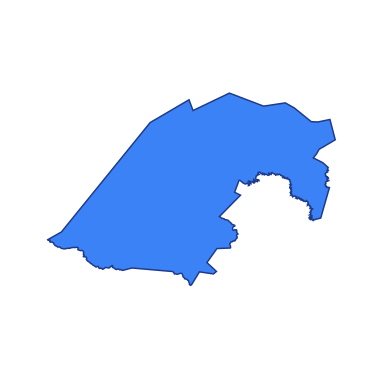 outline of Middle Ramu District, Madang, Papua New Guinea, rotated 346°
{"feature_id": "67681753B72942369161331", "entity_name": "Middle Ramu District", "entity_type": "district", "adm_level": 2, "iso_a3": "PNG", "parent_name": "Papua New Guinea", "parent_adm1": "Madang", "projection": "mercator", "projection_center": [144.728, -4.954], "detail": "fine", "context": "isolated", "style": "filled", "palette": "blue", "viewbox_px": 384, "rotation_deg": 346, "n_neighbors": 0, "source": "geoboundaries", "source_scale": "gbopen_adm2", "svg_char_len": 6055}
<svg xmlns="http://www.w3.org/2000/svg" viewBox="0 0 384 384"><g transform="rotate(346 192 192)"><path d="M40.4,203.4L40.5,203.7L41.0,204.2L42.0,204.1L42.5,204.4L42.5,204.7L42.0,205.7L42.1,206.1L42.3,206.4L43.4,206.5L43.8,206.7L45.1,207.6L45.3,208.0L45.4,208.9L46.3,211.0L46.7,211.3L47.3,211.5L48.0,212.5L48.4,212.9L49.0,213.1L49.9,213.1L51.0,214.2L51.5,215.0L52.5,215.5L52.8,215.6L54.0,216.2L55.3,216.5L56.6,216.4L57.8,216.6L59.3,216.8L59.8,217.1L60.6,217.0L61.3,216.8L61.8,216.8L63.0,217.1L63.9,217.1L64.9,217.6L66.6,217.7L67.7,218.1L68.1,218.6L68.1,218.9L67.4,219.8L67.5,220.6L69.5,221.8L69.9,222.0L70.8,222.0L71.3,222.1L72.1,223.1L72.3,224.4L71.6,225.8L71.6,226.3L72.2,226.9L72.2,227.2L72.0,227.5L71.3,227.8L71.0,228.1L71.0,228.4L71.5,228.8L73.0,229.2L73.7,229.8L73.8,230.4L73.7,231.0L73.2,231.7L73.2,232.1L73.4,232.6L74.4,234.3L74.7,234.6L75.7,235.3L76.2,236.7L77.5,237.7L78.0,238.8L79.2,239.8L80.2,241.2L81.0,241.6L82.1,241.3L82.6,241.3L82.9,241.6L83.1,241.9L83.1,242.6L83.4,243.5L83.8,243.8L85.2,243.8L86.0,244.5L86.5,245.3L87.4,245.3L89.1,244.5L90.3,244.4L92.8,245.6L93.4,245.6L94.2,245.2L94.8,244.7L95.2,244.6L95.9,244.7L96.5,244.1L96.8,244.1L97.1,244.3L97.1,245.0L96.7,245.5L96.7,245.9L97.2,246.5L97.9,246.8L99.1,248.5L100.2,249.0L101.1,248.7L102.2,249.1L103.0,250.0L103.3,250.1L104.2,250.0L105.1,250.9L105.8,251.3L115.3,251.2L154.0,264.5L155.0,266.1L154.9,266.7L155.1,267.2L155.5,267.1L156.4,267.6L157.5,268.1L157.8,268.3L161.3,268.1L162.2,268.5L162.5,268.9L162.7,269.5L162.9,270.9L162.8,271.6L163.0,272.5L163.8,273.4L163.9,273.8L163.8,274.3L164.1,274.6L164.7,274.7L166.2,275.8L166.5,276.6L167.1,277.2L167.1,278.4L167.4,280.1L167.1,281.1L167.8,282.0L168.1,282.2L168.9,281.5L169.2,281.8L179.9,271.3L193.0,276.7L196.5,275.0L189.4,264.1L202.5,252.9L215.6,255.6L215.9,255.4L216.2,254.5L216.2,253.3L215.9,252.3L216.1,251.3L217.0,250.7L217.5,250.0L217.8,249.9L219.1,250.0L220.0,249.4L220.4,249.4L220.9,249.8L221.6,249.4L222.1,249.6L222.7,249.0L222.9,248.5L224.6,247.5L225.0,246.6L224.6,245.4L224.8,244.6L225.2,244.3L226.4,243.9L225.9,242.6L225.5,241.9L225.8,241.0L226.1,240.7L226.1,239.9L225.7,239.7L225.8,239.4L225.5,239.3L224.7,239.2L224.3,238.9L223.3,239.3L222.6,238.9L222.4,238.1L222.6,236.9L223.5,235.8L225.4,235.3L225.4,234.7L223.0,233.0L222.0,230.9L221.0,229.8L220.7,228.9L220.0,228.0L217.1,226.6L216.6,225.7L214.4,224.5L213.3,223.1L212.6,222.5L238.3,206.8L233.3,202.6L240.4,192.1L241.4,192.3L244.0,195.9L245.7,197.2L246.7,197.1L247.8,196.8L248.6,198.3L248.6,198.8L248.3,199.4L249.4,199.4L249.6,198.9L249.3,197.6L249.7,197.3L250.5,197.6L251.2,198.2L251.4,197.2L251.2,196.6L250.7,196.1L250.1,196.2L249.5,195.9L249.1,195.5L249.3,195.1L249.9,195.1L250.1,195.4L251.4,196.0L251.8,196.5L253.5,197.0L254.6,195.8L254.9,194.7L255.3,195.1L255.2,195.6L254.7,196.4L253.5,197.5L253.7,198.0L254.4,198.2L255.0,198.2L255.3,197.9L255.5,196.8L255.8,196.6L258.0,197.8L258.4,197.3L258.8,196.5L259.8,197.2L259.9,196.9L259.1,196.0L258.7,195.8L257.4,195.7L257.1,195.5L257.2,193.6L257.8,192.9L258.2,191.9L259.0,191.9L259.3,191.3L259.7,191.0L260.1,191.4L261.6,191.2L261.3,190.7L260.7,190.3L260.8,189.1L261.4,188.9L263.0,189.3L263.0,190.1L263.8,190.9L265.0,190.7L265.3,191.1L264.6,192.1L265.1,192.2L265.8,191.9L266.4,192.9L266.7,192.9L266.9,192.0L267.5,192.5L268.5,192.8L269.3,193.8L270.5,194.4L270.9,194.2L271.1,193.5L271.0,193.0L270.8,192.6L270.9,192.2L271.2,192.2L271.5,192.5L271.4,193.4L272.4,193.6L272.9,194.2L273.2,194.0L273.6,192.5L274.5,192.5L274.6,192.9L275.4,193.8L276.1,194.1L276.3,194.6L277.2,194.9L277.2,195.9L278.0,195.8L278.5,195.7L278.9,195.3L279.2,195.9L280.0,196.1L280.8,195.7L281.3,195.9L282.1,197.4L282.7,197.3L283.2,198.3L284.4,198.8L284.7,199.4L283.5,199.9L283.7,200.2L284.5,199.9L285.7,200.3L285.6,200.7L285.2,201.0L285.3,201.2L286.4,201.5L287.0,201.4L287.4,202.2L288.2,201.6L288.2,202.5L288.7,203.1L289.4,203.3L289.8,203.8L289.4,204.4L290.0,206.2L289.6,206.8L289.9,208.0L289.1,208.3L289.7,208.7L290.1,209.2L289.4,209.7L289.0,209.5L287.9,211.3L287.9,211.7L289.1,211.6L289.5,212.0L288.4,213.1L288.5,213.9L288.9,213.9L288.5,214.8L288.7,215.2L287.7,215.8L288.4,216.0L287.8,216.9L287.0,217.0L287.7,217.2L287.9,217.4L287.5,217.5L288.0,218.1L287.6,218.3L287.2,218.8L287.8,218.7L288.5,220.8L288.9,220.2L289.3,220.9L290.6,220.7L291.6,221.2L291.9,222.0L291.5,222.6L292.6,222.3L292.7,223.3L292.2,223.8L292.8,224.1L293.2,223.7L293.9,223.9L294.3,223.4L294.6,224.5L295.1,225.2L295.3,224.6L296.2,224.8L296.4,225.4L295.9,225.0L296.1,226.1L296.6,225.9L297.2,226.3L296.7,226.5L297.5,227.4L297.7,226.6L298.9,228.3L299.7,228.7L300.8,228.2L300.7,228.7L301.3,228.6L302.1,229.5L301.9,230.1L302.2,230.8L302.1,231.4L301.2,231.6L300.8,232.8L301.6,232.4L302.1,233.0L303.0,233.3L302.7,234.1L303.5,234.8L302.4,236.6L303.0,236.9L303.9,236.5L304.2,237.4L305.0,237.5L304.9,237.8L303.7,238.0L303.0,239.3L302.3,239.1L302.1,239.5L302.3,240.4L301.5,240.6L302.0,241.2L301.9,242.2L300.8,242.6L301.5,242.8L301.4,243.4L302.6,243.9L302.7,244.2L302.3,244.4L302.2,245.7L301.9,245.7L301.7,244.7L301.1,244.9L300.3,246.1L300.1,244.7L299.4,245.2L299.4,246.2L300.0,247.1L300.3,246.5L301.3,245.9L301.8,245.8L301.8,246.4L301.4,247.7L302.2,248.2L302.6,249.0L302.9,249.0L303.1,248.2L303.4,248.1L303.4,248.5L310.6,248.4L326.4,221.0L325.6,220.5L325.0,220.6L324.1,219.5L323.7,219.9L323.6,220.6L323.5,219.6L323.6,219.1L323.3,218.8L323.6,218.6L323.3,217.5L322.9,217.4L322.9,217.1L323.4,216.4L323.9,216.2L324.0,215.7L323.9,215.1L324.8,214.3L325.1,214.4L327.0,214.1L325.9,213.4L326.1,213.2L326.3,212.2L327.5,212.2L327.5,211.5L326.8,211.5L326.6,211.2L327.0,210.8L327.1,210.4L327.3,210.5L327.1,210.0L326.8,210.0L326.3,210.3L326.2,209.2L325.8,209.2L325.5,208.9L325.4,208.4L325.8,207.5L325.7,206.5L326.6,205.8L328.3,205.4L328.1,204.9L328.2,204.2L328.7,204.5L329.4,204.2L329.1,203.7L329.0,203.3L329.3,203.3L329.5,201.8L329.3,201.5L330.0,201.1L326.0,195.2L318.0,188.3L322.2,185.0L325.7,181.3L343.6,176.0L343.4,155.0L331.1,154.5L324.7,152.6L311.7,135.3L304.1,128.1L282.2,126.0L252.2,105.1L212.7,113.2L211.4,101.8L168.2,114.5L55.6,199.2L40.4,203.4Z" fill="#3b82f6" stroke="#1e3a8a" stroke-width="1.5"/></g></svg>